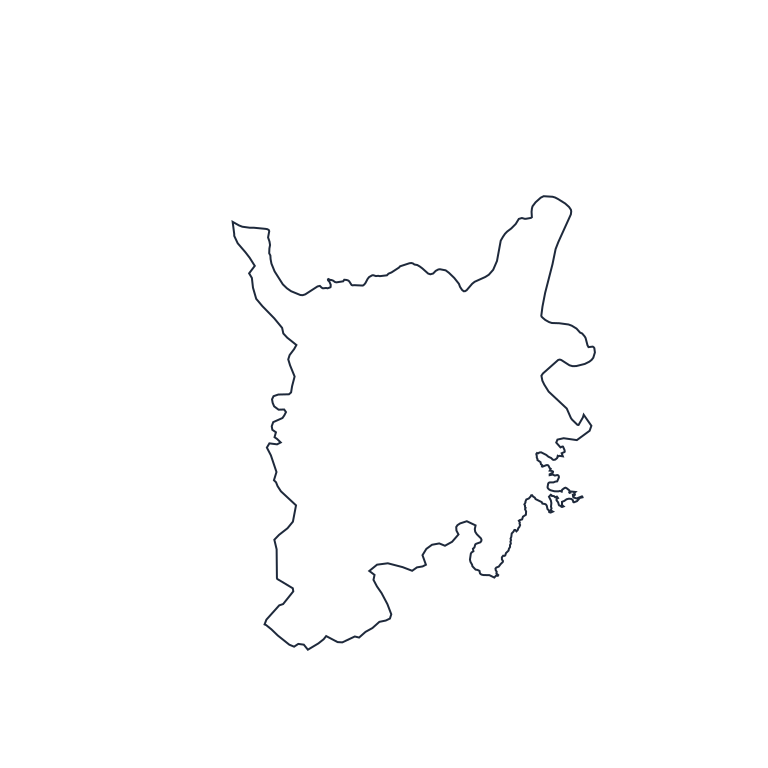 Al-Qusayr, Homs (Hims), Syria (orthographic projection), rotated 134°
{"feature_id": "27442178B51656539269606", "entity_name": "Al-Qusayr", "entity_type": "district", "adm_level": 2, "iso_a3": "SYR", "parent_name": "Syria", "parent_adm1": "Homs (Hims)", "projection": "orthographic", "projection_center": [36.533, 34.512], "detail": "fine", "context": "isolated", "style": "outline", "palette": "slate", "viewbox_px": 768, "rotation_deg": 134, "n_neighbors": 0, "source": "geoboundaries", "source_scale": "gbopen_adm2", "svg_char_len": 6166}
<svg xmlns="http://www.w3.org/2000/svg" viewBox="0 0 768 768"><g transform="rotate(134 384 384)"><path d="M267.4,219.0L269.9,217.7L278.3,215.6L279.0,216.5L279.0,224.0L278.6,226.0L274.7,235.5L275.1,260.3L273.1,268.3L271.6,272.4L268.7,276.5L266.1,277.0L245.7,275.4L244.3,274.5L243.6,273.1L241.7,263.6L240.2,260.8L237.6,258.2L230.1,253.5L225.3,251.8L222.4,251.4L219.7,251.7L214.8,254.2L212.1,257.6L211.9,258.7L212.1,259.8L215.4,262.5L214.8,264.5L210.9,270.9L210.4,272.6L210.0,276.5L210.8,278.7L210.4,284.0L211.6,289.4L213.0,292.6L218.6,300.2L223.5,305.6L224.8,308.3L225.9,312.5L226.1,315.5L226.1,317.4L225.6,318.3L218.2,323.8L206.5,331.4L180.8,346.0L167.7,354.3L160.8,357.2L132.2,367.4L129.8,369.2L128.8,370.6L128.1,373.9L128.3,379.1L130.1,387.5L131.0,390.5L132.2,392.8L138.0,399.6L141.1,400.7L148.0,401.2L153.0,400.6L155.0,399.5L157.6,397.5L161.3,393.5L162.5,393.7L166.6,396.7L167.4,397.5L168.8,400.1L171.6,401.7L177.4,400.4L183.7,400.5L188.8,401.3L191.9,401.3L195.4,400.7L199.8,399.6L217.0,388.2L226.0,384.8L232.6,384.5L236.7,385.5L247.5,389.8L250.7,390.2L259.2,389.7L261.0,390.2L261.9,391.1L262.1,393.2L261.3,396.8L259.9,399.7L258.9,407.2L258.9,414.5L259.4,418.6L262.6,423.5L263.9,424.5L266.7,425.4L270.4,425.4L272.9,426.9L273.9,429.0L274.2,436.6L274.6,439.8L275.3,442.7L276.9,445.1L277.2,447.0L278.0,448.4L279.5,449.6L288.2,454.2L289.8,454.1L298.5,456.1L301.5,457.4L303.8,457.4L309.3,461.9L310.2,463.3L312.0,464.8L313.1,467.1L314.0,468.0L317.4,469.0L319.7,468.8L324.2,467.5L326.2,467.3L327.9,467.6L333.6,474.1L334.9,475.2L335.3,476.1L334.3,480.4L334.4,481.6L335.1,483.1L336.6,485.0L338.5,484.7L343.9,488.8L344.7,490.1L345.0,492.4L345.7,494.0L346.5,495.0L347.1,496.9L347.7,497.0L348.3,496.2L348.3,494.4L349.6,491.3L351.3,489.8L352.1,489.9L354.4,491.1L355.1,492.3L357.6,494.4L358.0,495.7L358.0,498.3L360.0,499.6L374.2,502.9L376.6,504.2L378.1,506.0L381.8,515.3L382.6,520.3L382.6,526.0L379.0,540.9L375.6,548.6L372.9,552.4L370.5,555.0L369.7,557.4L366.1,560.6L363.2,562.5L361.1,565.3L359.1,569.2L353.8,572.7L353.3,573.8L353.6,575.3L354.7,577.0L362.1,586.3L364.9,589.2L369.3,595.2L370.6,598.3L372.5,605.5L380.1,596.0L381.5,594.6L384.4,587.0L385.5,575.2L386.5,568.4L388.8,559.0L398.1,557.9L399.5,552.7L405.7,545.2L411.5,535.1L412.5,525.6L413.0,508.6L414.4,496.3L417.6,491.5L417.9,485.7L416.8,474.1L421.3,472.9L428.7,472.0L432.8,470.0L435.8,464.6L440.7,453.5L449.4,448.6L454.6,445.0L457.4,445.2L465.0,452.7L469.5,455.0L472.8,453.9L474.9,451.0L476.4,447.5L475.7,442.0L471.7,438.1L472.3,435.0L475.9,433.9L479.0,433.4L488.4,437.2L492.4,435.4L494.5,432.5L493.8,428.2L498.3,425.8L497.8,422.7L497.8,417.7L501.7,419.0L506.3,425.2L511.1,424.1L513.9,415.8L522.0,400.2L529.7,396.3L529.7,393.4L531.4,389.6L532.8,383.6L532.4,363.0L546.3,353.9L554.8,353.2L565.4,354.7L572.2,354.7L577.5,346.4L598.0,326.2L598.4,325.3L594.3,307.7L596.2,305.2L612.4,303.7L616.0,305.6L635.2,304.9L639.9,302.9L639.3,301.3L638.7,294.5L638.7,285.7L637.3,271.0L635.4,266.2L630.5,265.1L627.2,260.6L628.0,254.2L616.2,251.0L609.5,250.1L605.5,250.5L601.9,238.1L598.8,234.5L585.9,229.6L583.7,225.8L575.1,225.1L567.6,222.8L558.3,222.1L552.9,218.4L548.6,216.8L544.6,218.8L540.0,228.6L536.1,240.5L534.5,248.5L532.2,255.5L527.9,258.2L528.7,264.7L518.8,263.5L510.3,256.7L502.8,243.4L498.8,234.0L493.0,232.9L488.4,229.5L484.9,228.3L480.4,237.4L473.2,239.0L466.3,237.8L460.3,233.5L458.0,227.8L450.2,225.4L440.5,225.9L439.1,230.1L436.7,232.7L434.5,233.1L431.4,232.4L425.2,229.1L422.1,219.9L425.3,217.9L426.9,215.8L427.6,212.9L427.7,207.1L428.3,205.7L429.2,205.0L430.9,204.7L434.9,206.7L436.0,206.9L438.8,205.4L440.7,205.6L442.2,203.5L444.3,204.0L445.7,203.7L450.6,200.2L451.9,198.2L452.8,195.1L453.7,193.8L453.9,189.2L452.8,187.6L452.1,185.5L453.5,183.5L453.6,182.4L453.2,181.1L452.3,179.7L448.3,175.4L446.6,170.2L444.1,170.3L442.9,168.9L442.1,169.1L442.2,171.5L440.7,172.6L440.4,174.2L439.3,175.6L438.0,175.7L435.6,174.6L432.5,175.0L429.6,174.9L428.7,175.4L428.3,177.3L426.8,178.8L424.7,179.0L424.0,178.0L423.1,177.7L420.9,178.8L417.3,178.7L415.7,179.7L413.7,180.1L412.3,181.5L410.7,181.9L409.5,183.6L408.0,184.2L407.4,185.5L405.6,186.2L402.8,188.3L400.4,188.3L398.4,188.8L397.8,188.1L398.0,186.4L396.0,186.4L394.6,187.2L393.0,187.3L390.9,188.1L390.3,189.5L389.2,190.2L388.7,192.0L387.6,191.8L385.4,190.6L382.9,191.9L379.5,191.1L377.0,193.2L376.0,195.7L374.7,196.1L374.5,197.2L373.5,198.1L373.1,199.4L371.0,199.9L370.3,200.6L368.2,201.4L365.8,200.3L363.0,200.4L361.8,200.8L361.1,200.2L361.4,198.6L361.0,196.6L361.5,195.0L359.4,188.5L360.0,187.0L358.5,184.8L358.2,183.7L358.5,182.4L360.4,179.5L360.4,177.5L361.4,176.1L360.7,174.8L358.5,173.9L359.1,176.3L357.1,177.1L356.3,178.6L353.4,180.9L351.9,183.0L350.5,187.0L347.8,187.1L347.6,186.4L347.9,185.5L346.6,183.9L346.6,182.4L344.9,181.4L345.2,179.6L346.8,180.1L347.8,179.1L348.2,176.5L349.5,174.3L349.6,173.5L349.0,172.3L349.1,171.1L348.8,170.5L347.3,169.8L347.4,171.2L347.1,172.2L345.1,174.1L342.9,173.1L340.1,172.6L338.0,171.3L336.5,169.3L336.4,167.5L337.4,165.8L337.2,165.2L334.2,163.8L329.9,164.0L327.6,162.5L327.2,163.3L327.4,163.6L332.5,165.9L333.9,168.7L333.8,169.5L332.7,170.9L332.4,169.8L331.2,169.7L330.8,170.0L330.8,170.9L330.4,171.4L328.7,171.3L331.5,174.9L332.7,174.5L333.4,174.9L333.3,175.5L332.2,176.0L331.8,176.9L332.1,180.2L332.5,181.4L333.4,181.9L336.3,182.4L338.0,181.4L338.6,183.1L340.1,184.0L342.8,186.9L344.8,190.5L345.2,192.1L345.1,193.8L344.6,194.7L341.8,196.6L340.7,196.9L339.6,196.4L337.0,193.7L335.3,193.0L333.7,191.8L329.7,193.3L328.9,194.2L328.7,195.2L329.1,196.1L331.2,197.5L331.9,199.7L334.5,201.5L333.9,202.1L330.4,201.0L329.6,201.6L330.0,203.0L331.2,204.6L329.2,205.2L329.4,206.4L328.5,209.0L328.6,209.8L329.5,210.8L333.4,212.6L333.6,213.1L332.5,213.8L332.7,215.4L331.5,217.1L332.1,220.8L331.3,221.6L330.8,223.0L329.7,224.0L328.6,225.8L327.3,226.0L326.9,225.0L325.3,224.6L324.0,223.5L322.3,218.0L322.1,215.2L321.1,212.2L321.2,210.2L320.7,209.2L319.4,208.3L317.0,208.0L315.0,209.1L314.8,208.2L313.9,208.0L311.8,205.1L310.4,208.1L307.5,206.9L306.9,207.2L306.1,208.3L304.7,211.7L305.1,212.3L307.0,213.0L306.5,219.4L303.5,220.6L298.2,217.1L290.4,206.3L274.8,203.6L270.0,205.8L267.4,219.0Z" fill="none" stroke="#1e293b" stroke-width="2"/></g></svg>